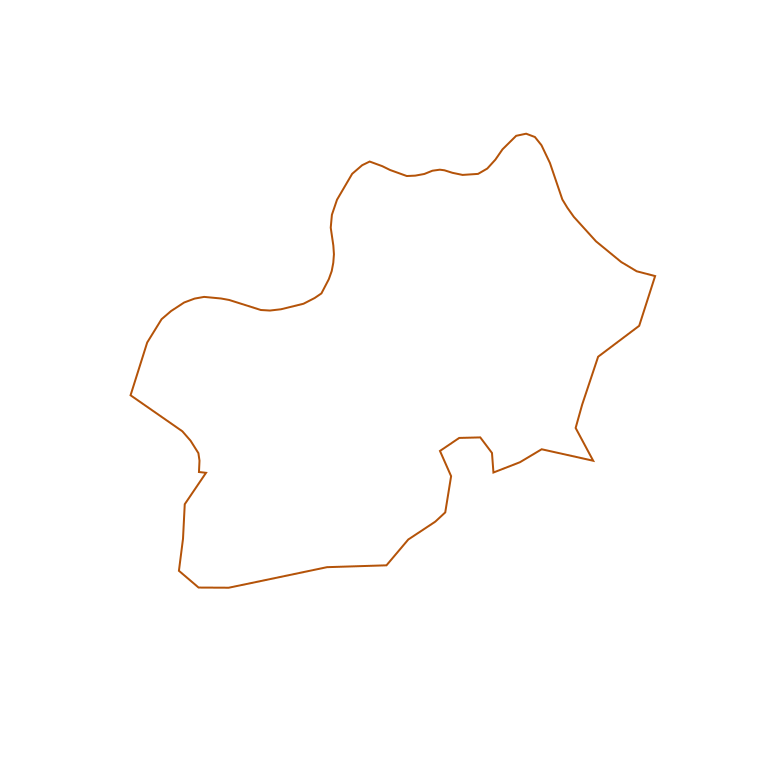 Montevideo, Robinson projection, rotated 318°
{"feature_id": "URY-21", "entity_name": "Montevideo", "entity_type": "Department", "adm_level": 1, "iso_a3": "URY", "parent_name": "Uruguay", "parent_adm1": "", "projection": "robinson", "projection_center": [-56.197, -34.827], "detail": "fine", "context": "isolated", "style": "outline", "palette": "amber", "viewbox_px": 768, "rotation_deg": 318, "n_neighbors": 0, "source": "natural_earth", "source_scale": "10m", "svg_char_len": 1150}
<svg xmlns="http://www.w3.org/2000/svg" viewBox="0 0 768 768"><g transform="rotate(318 384 384)"><path d="M657.7,485.2L612.6,511.5L561.4,507.0L517.5,531.9L497.0,544.9L488.1,581.0L457.5,538.0L432.7,533.1L406.1,523.0L418.1,507.5L419.8,488.1L403.8,474.4L380.8,471.2L372.2,497.4L343.6,520.4L330.0,520.6L298.0,515.8L264.5,520.4L219.1,482.0L132.3,431.5L110.0,411.2L106.6,385.6L131.1,364.5L155.5,340.0L192.3,330.9L187.6,325.6L195.6,317.5L199.8,311.2L202.3,296.7L202.5,284.2L188.1,222.8L235.8,194.7L262.1,187.0L274.5,187.3L290.0,189.7L300.4,193.8L308.6,198.9L320.1,211.4L325.2,218.0L342.0,246.6L348.4,253.1L357.4,259.5L377.9,270.5L390.0,273.7L398.1,274.8L413.1,269.2L420.7,265.1L427.4,260.0L433.6,254.1L439.0,247.2L449.0,232.2L458.5,223.4L472.4,215.6L501.0,206.5L514.2,206.8L522.2,209.1L528.5,221.0L531.7,229.0L540.1,244.7L546.7,250.1L554.5,254.9L562.7,257.9L568.9,262.1L571.9,265.6L576.2,272.9L582.3,281.2L594.5,290.8L604.9,293.0L616.9,291.8L629.1,288.9L648.3,288.0L657.1,293.1L661.4,301.4L660.8,311.9L655.2,330.8L640.0,366.2L638.2,375.7L636.9,386.8L637.0,419.8L641.9,452.1L647.2,469.3L657.7,485.2Z" fill="none" stroke="#b45309" stroke-width="2"/></g></svg>